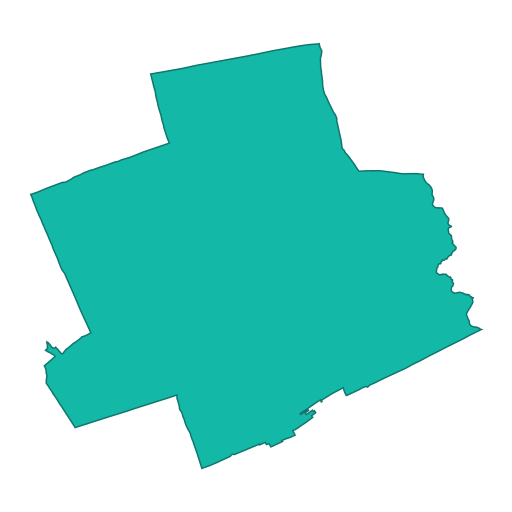 Balteni, Olt, Romania
{"feature_id": "2599482B45249958098961", "entity_name": "Balteni", "entity_type": "district", "adm_level": 2, "iso_a3": "ROU", "parent_name": "Romania", "parent_adm1": "Olt", "projection": "mercator", "projection_center": [24.539, 44.464], "detail": "fine", "context": "isolated", "style": "filled", "palette": "teal", "viewbox_px": 512, "rotation_deg": 0, "n_neighbors": 0, "source": "geoboundaries", "source_scale": "gbopen_adm2", "svg_char_len": 5953}
<svg xmlns="http://www.w3.org/2000/svg" viewBox="0 0 512 512"><path d="M481.3,329.5L480.7,329.4L478.9,328.1L477.6,327.5L475.6,327.0L474.1,327.1L471.3,325.9L470.5,325.3L469.8,324.4L469.5,323.3L469.2,321.0L467.7,318.0L467.3,316.7L466.5,314.9L466.4,314.4L466.7,313.4L467.1,312.4L469.1,309.0L469.4,308.7L470.6,306.7L471.1,305.6L472.6,303.1L472.8,301.5L472.7,300.5L472.1,298.5L473.2,297.9L473.2,297.7L472.1,297.6L471.2,296.8L470.7,296.9L469.9,295.9L469.7,295.4L469.2,294.9L468.6,295.1L468.3,294.7L467.4,294.4L467.0,294.4L466.7,294.8L465.9,294.8L465.5,294.2L463.7,293.6L463.0,293.1L460.2,292.4L459.3,292.3L454.3,293.4L454.1,293.0L453.9,292.7L452.5,292.2L451.7,291.5L451.4,290.7L451.3,289.8L451.3,289.0L451.7,286.7L452.7,286.1L453.0,285.2L453.3,284.6L453.4,283.5L453.2,282.9L452.0,281.6L452.0,281.4L452.5,280.7L452.5,280.2L452.4,279.7L450.9,279.0L450.8,278.7L450.8,277.4L450.6,277.1L450.2,277.0L449.9,277.1L449.5,277.1L448.8,276.7L447.3,275.7L447.1,275.3L446.0,274.3L445.2,274.2L444.0,274.3L442.6,274.0L442.2,274.2L441.6,274.8L440.2,274.5L439.0,274.7L438.6,274.5L437.3,273.2L436.6,272.9L436.4,272.6L436.3,272.2L436.4,271.4L436.7,269.0L436.8,268.3L437.8,267.0L437.9,266.6L438.0,265.3L438.7,264.1L439.0,263.8L439.3,263.7L439.9,263.9L440.2,263.9L440.7,263.5L441.1,262.3L441.2,261.6L441.8,261.3L442.0,261.0L442.4,259.9L442.8,259.9L443.3,260.2L444.1,260.2L444.4,260.1L445.5,258.9L446.9,258.9L447.6,257.5L448.7,256.2L449.7,255.5L451.2,255.1L451.5,254.7L451.8,253.1L452.7,251.8L453.3,251.2L455.1,250.0L455.9,248.9L456.1,248.0L456.1,247.5L455.8,247.0L454.4,245.6L452.8,243.7L452.2,243.2L452.1,242.6L452.7,242.3L452.8,241.8L452.5,240.6L451.8,239.7L451.5,238.0L451.5,236.5L451.3,235.6L450.9,235.1L449.5,234.0L448.9,233.3L448.6,232.8L448.6,231.6L448.3,230.5L448.2,229.1L449.0,227.6L451.2,226.8L451.4,226.3L450.0,225.7L449.1,225.0L448.2,224.0L448.0,223.3L448.1,222.2L448.7,220.1L448.8,219.2L448.6,218.4L445.9,215.3L445.1,214.1L443.5,210.9L443.3,210.0L442.4,208.3L441.8,208.0L440.0,207.9L436.7,207.8L435.3,207.4L434.8,207.2L434.1,206.7L433.2,205.8L432.8,205.2L432.4,203.9L432.6,203.1L433.6,200.6L433.8,198.7L433.7,197.9L432.3,195.3L432.1,194.6L432.1,193.4L432.3,191.6L432.2,190.0L431.4,188.0L430.7,186.8L429.2,185.0L427.5,183.8L426.3,182.7L424.7,180.4L423.4,177.4L423.2,176.0L423.3,174.9L423.4,174.2L421.1,174.2L417.3,173.7L414.4,173.6L407.3,173.7L405.1,173.9L401.3,173.7L395.5,172.7L379.7,170.7L368.1,170.8L359.1,171.2L358.8,171.1L358.1,170.1L354.6,164.7L348.6,156.4L346.9,154.4L346.1,153.7L345.2,152.7L344.2,150.4L342.6,148.8L342.1,147.9L341.9,147.0L341.6,143.9L341.0,139.9L339.8,134.4L339.2,132.2L338.7,129.5L337.7,125.1L337.5,124.0L336.9,121.7L336.7,120.3L336.8,119.5L336.7,118.2L336.4,117.3L335.2,114.6L333.6,112.4L328.4,101.7L326.4,97.1L325.3,95.3L324.6,93.9L323.6,90.8L322.7,85.7L322.5,80.7L321.4,72.8L321.4,70.6L320.8,68.4L320.6,64.7L320.4,58.0L321.1,55.9L321.6,52.8L321.8,51.1L321.6,50.5L321.0,49.2L320.4,48.3L319.9,46.9L319.1,43.6L317.4,44.0L310.4,44.5L304.6,45.2L295.8,46.6L272.1,50.9L259.4,53.6L245.2,56.4L197.6,65.1L182.5,68.4L168.1,71.0L150.7,74.0L153.7,86.1L155.3,91.9L155.7,95.1L156.2,97.5L157.6,103.0L158.1,105.6L158.7,107.9L161.1,115.8L161.9,119.9L163.6,125.7L163.8,127.3L166.8,136.7L168.2,140.4L169.5,143.0L165.1,144.6L143.3,152.0L130.9,157.0L127.5,158.1L121.6,159.8L119.2,160.8L118.6,161.4L115.1,161.9L106.6,165.1L98.8,167.6L92.5,169.9L90.6,170.2L83.5,172.9L81.2,174.3L79.4,175.1L74.8,176.8L72.8,177.9L72.2,178.5L70.5,179.6L66.1,181.9L64.5,182.3L62.4,182.4L47.4,188.0L37.1,192.3L30.7,194.4L32.1,197.5L33.1,200.6L35.0,205.2L36.0,208.1L37.0,210.6L39.4,216.1L41.0,219.4L42.9,224.4L43.7,225.9L45.8,231.0L47.5,234.6L49.1,238.7L52.1,245.4L52.6,247.2L53.3,249.0L57.6,258.7L58.7,262.0L60.7,267.0L62.0,269.8L64.4,273.1L65.4,275.1L66.3,277.4L74.6,296.2L80.6,310.5L85.3,320.8L86.9,324.0L87.8,326.2L90.9,332.8L88.3,334.2L87.6,334.7L84.9,335.9L82.0,336.8L80.8,338.0L78.3,340.1L76.2,341.7L74.9,342.5L73.7,343.1L69.1,347.2L66.2,349.3L64.5,351.3L62.7,353.7L62.3,353.9L61.7,353.9L61.3,353.5L59.2,351.2L58.0,349.6L56.7,348.4L55.7,347.2L54.9,347.9L54.5,348.0L54.2,348.1L52.6,347.9L51.4,346.7L50.0,344.6L49.1,343.8L48.5,343.0L47.8,342.4L46.9,341.9L46.9,343.3L47.5,345.0L47.6,345.4L47.3,346.2L47.3,346.7L47.7,348.2L45.5,350.3L48.1,351.9L49.8,352.6L51.1,353.5L53.9,355.0L54.6,355.7L54.8,356.1L54.9,356.5L54.8,356.8L54.4,357.2L53.4,357.9L51.4,359.8L49.1,361.6L48.1,362.6L44.6,365.6L44.3,365.9L45.2,367.5L45.8,369.1L46.2,371.4L46.1,373.0L46.7,374.3L46.9,375.4L46.9,376.3L46.8,376.6L46.3,380.3L46.2,380.8L46.5,381.1L46.3,381.8L46.2,382.9L46.8,384.0L48.1,385.9L48.6,386.4L49.5,388.2L51.2,390.5L53.4,393.9L53.2,393.9L56.7,398.9L59.9,404.2L60.9,405.5L74.6,426.6L75.1,427.6L102.7,418.7L128.3,410.7L132.5,409.2L168.5,397.8L177.0,395.0L177.0,398.5L177.9,401.0L178.3,402.8L179.0,405.0L179.4,407.4L179.5,408.5L179.6,409.2L181.9,412.8L182.4,414.3L182.6,415.4L183.2,417.4L184.2,419.3L184.9,422.0L186.4,426.1L187.0,427.2L187.4,428.3L189.9,432.5L190.3,433.6L191.1,436.5L192.4,440.1L193.0,441.3L193.9,444.3L195.1,447.6L196.9,452.7L201.9,468.4L209.6,465.6L217.6,462.2L230.4,456.2L231.4,454.8L231.9,454.5L232.4,454.3L234.0,454.5L234.7,454.4L257.0,445.1L259.3,444.0L259.4,444.9L265.4,442.4L266.4,444.5L267.9,444.0L268.8,443.9L269.3,444.1L270.9,446.9L282.5,441.5L281.9,440.5L285.2,439.1L290.9,437.1L295.1,435.1L292.8,430.7L295.4,429.5L299.2,427.1L300.4,426.1L305.4,422.8L312.7,417.4L311.5,415.8L315.7,412.7L314.5,410.8L313.5,411.6L312.5,410.2L306.3,414.6L305.1,412.8L308.5,410.5L308.0,409.6L300.7,414.5L300.1,413.7L304.6,410.5L309.9,407.0L310.6,406.4L317.1,402.0L320.4,399.9L321.3,401.9L322.0,401.4L321.3,400.3L332.1,393.6L343.3,387.7L343.7,389.3L344.3,391.3L344.9,392.7L346.3,395.5L346.7,395.5L359.4,389.5L361.9,388.0L363.8,387.2L365.0,386.8L367.0,386.6L367.7,387.1L368.4,386.3L369.5,385.3L371.0,384.5L374.2,383.1L384.3,378.1L406.0,368.1L412.4,364.5L419.9,360.9L428.8,356.1L439.9,350.5L447.2,346.7L462.4,339.2L470.4,334.9L481.3,329.5Z" fill="#14b8a6" stroke="#0f766e" stroke-width="1.5"/></svg>